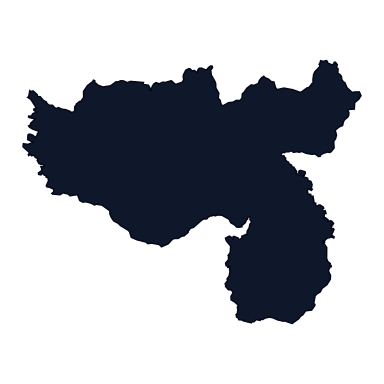 outline of Rosário do Sul, Rio Grande do Sul, Brazil
{"feature_id": "56859067B54668375607897", "entity_name": "Rosário do Sul", "entity_type": "district", "adm_level": 2, "iso_a3": "BRA", "parent_name": "Brazil", "parent_adm1": "Rio Grande do Sul", "projection": "mercator", "projection_center": [-55.098, -30.378], "detail": "fine", "context": "isolated", "style": "filled", "palette": "ink", "viewbox_px": 384, "rotation_deg": 0, "n_neighbors": 0, "source": "geoboundaries", "source_scale": "gbopen_adm2", "svg_char_len": 5889}
<svg xmlns="http://www.w3.org/2000/svg" viewBox="0 0 384 384"><path d="M28.0,134.9L27.7,139.6L33.3,142.3L27.9,144.4L23.4,143.7L23.0,146.7L29.1,152.3L29.3,153.6L28.3,154.4L28.7,155.5L30.7,154.4L31.5,155.8L32.9,155.2L34.5,156.0L35.3,157.3L38.1,158.8L37.2,160.4L38.9,163.5L41.2,164.5L43.9,164.6L43.7,166.7L40.9,166.7L41.9,169.0L41.6,170.6L38.4,173.0L38.7,174.4L40.9,174.9L42.9,173.1L44.1,175.0L46.2,175.7L46.0,177.0L48.1,178.0L48.5,180.8L46.3,185.8L47.0,186.9L49.4,187.2L53.8,189.2L53.7,191.8L51.8,193.4L52.6,194.1L60.2,194.7L62.9,192.8L68.4,194.1L70.0,195.8L76.7,194.7L77.8,195.3L79.7,200.5L82.7,202.1L86.0,201.8L90.9,203.1L94.7,205.0L96.0,204.2L102.0,205.1L109.9,210.8L109.9,213.9L111.4,217.5L113.7,220.9L118.2,223.3L120.5,225.6L128.3,230.3L129.6,231.8L131.3,237.3L137.0,239.8L145.8,242.0L147.8,243.6L151.7,243.2L159.2,244.5L161.5,246.8L168.1,243.9L172.4,239.3L174.1,238.5L178.3,238.4L181.5,236.2L184.0,235.9L188.1,232.4L188.3,231.0L190.5,228.2L193.5,227.4L201.8,220.0L203.8,219.0L206.8,218.9L207.8,217.4L210.3,216.0L212.0,215.9L212.9,215.2L215.2,215.8L217.6,215.0L221.9,215.2L229.2,219.3L230.7,222.7L234.6,224.9L236.4,226.9L238.6,227.3L241.9,226.8L242.1,225.3L245.3,222.7L246.5,219.8L247.5,219.2L247.6,217.9L248.8,216.7L250.1,217.0L249.9,219.5L251.1,221.0L251.2,222.9L250.0,224.0L249.1,228.0L247.3,231.0L247.0,232.5L247.5,233.8L241.8,236.3L242.2,237.6L239.8,239.5L238.9,239.4L238.2,238.1L234.2,236.4L233.3,236.6L233.8,237.5L232.7,239.1L232.4,238.0L229.4,236.1L225.5,238.1L226.3,240.8L230.7,246.2L230.2,252.5L228.2,255.5L229.2,256.0L228.4,257.0L228.6,259.5L225.6,263.1L226.1,265.7L228.0,266.2L227.8,267.3L230.2,267.3L229.5,269.2L230.0,271.1L229.2,275.9L227.0,279.0L227.6,279.8L227.3,281.0L225.1,283.9L225.8,285.0L225.5,286.4L228.4,289.7L230.8,289.8L232.4,291.2L233.1,292.8L231.0,296.4L231.1,299.9L234.5,301.8L238.6,305.5L237.6,306.5L237.4,308.1L237.9,309.1L237.3,313.7L236.1,314.5L236.6,317.1L238.2,318.0L238.8,319.7L241.8,319.9L243.2,320.8L251.3,322.8L251.9,321.9L254.0,321.7L256.2,319.6L260.1,320.4L260.7,319.3L262.7,319.5L265.2,318.0L269.3,317.2L272.4,317.6L278.0,320.0L283.5,321.2L284.7,320.9L292.1,323.5L298.9,318.6L300.4,316.4L302.7,314.9L305.7,310.8L311.6,310.1L314.7,305.7L314.9,304.5L313.7,303.2L315.1,295.9L316.8,294.0L320.2,292.0L322.1,288.3L326.8,284.8L330.3,279.3L330.5,275.4L328.3,270.8L330.2,266.8L331.3,266.7L331.0,265.4L330.0,264.7L330.2,263.4L327.8,261.6L326.6,258.5L326.7,247.5L323.8,243.2L322.6,243.2L323.2,242.0L322.9,240.9L324.2,241.0L327.2,238.2L331.7,237.1L333.8,238.0L334.1,236.9L331.6,235.1L334.0,229.4L333.3,228.6L332.3,229.1L331.2,228.3L331.8,226.9L331.5,225.1L332.5,225.1L333.6,223.4L331.9,221.3L330.7,220.8L327.8,221.4L328.1,219.9L326.8,218.8L324.8,219.0L325.5,217.8L323.3,217.2L324.2,216.2L324.0,215.0L324.7,213.7L326.0,213.5L325.2,210.7L323.6,211.2L322.9,210.4L322.4,209.1L323.7,208.2L323.4,207.2L320.3,205.1L318.7,205.0L317.5,206.1L315.7,205.9L315.7,203.2L314.6,203.3L314.0,202.4L313.0,196.2L310.9,196.3L310.7,194.4L308.0,194.1L307.3,190.5L308.5,188.9L311.4,190.4L312.3,189.2L311.3,188.4L312.1,184.6L310.8,181.3L309.4,181.1L307.8,179.8L307.6,178.2L303.2,176.7L302.9,175.6L304.3,175.4L305.4,173.1L305.0,171.7L300.5,170.4L299.2,170.9L298.5,172.9L300.3,173.7L300.7,174.7L299.4,175.2L297.0,174.0L296.0,173.0L296.7,171.7L293.8,167.2L291.8,166.8L291.6,165.2L289.1,163.8L288.5,162.1L287.2,161.7L285.3,159.5L285.7,158.1L284.6,157.4L284.0,155.8L281.3,155.9L281.0,154.8L282.3,152.4L284.6,152.7L285.2,151.9L289.2,151.7L291.5,150.7L293.4,152.3L297.4,151.7L298.9,152.3L302.0,151.5L306.1,153.3L311.8,154.3L315.2,154.0L318.4,156.5L320.2,156.3L320.9,154.6L324.0,153.1L327.6,152.1L329.8,152.5L331.1,151.7L334.1,148.0L333.7,141.4L335.5,138.8L336.5,135.1L335.2,130.2L339.2,126.9L342.6,125.5L343.4,121.8L344.7,119.6L347.8,117.1L348.7,115.4L348.9,112.7L347.8,110.4L349.2,109.4L354.3,109.1L354.7,102.6L358.4,99.6L359.5,98.3L359.0,97.4L360.4,96.8L361.0,95.7L359.3,91.9L353.9,92.0L352.4,92.7L347.0,87.7L344.8,82.5L343.6,82.1L341.9,79.8L341.4,76.3L340.1,74.6L337.8,73.4L338.1,68.9L336.5,67.4L337.3,64.7L335.4,62.2L334.2,62.3L333.8,63.8L332.6,64.7L331.4,64.6L327.8,63.1L327.3,61.3L326.2,60.5L323.4,61.4L320.6,60.7L319.8,63.7L319.1,64.2L319.8,65.4L319.7,66.7L314.8,71.8L313.6,74.6L312.9,80.1L313.2,82.9L312.1,83.4L309.1,87.4L306.8,88.0L301.9,91.7L300.2,92.4L292.7,89.7L284.0,88.1L277.0,89.6L275.5,87.5L273.9,82.0L271.0,81.5L268.7,79.2L265.3,77.8L263.8,76.3L261.5,77.8L259.3,80.6L258.4,83.4L254.0,85.4L251.2,84.9L246.9,88.2L244.0,92.4L242.4,93.7L242.0,98.1L240.0,100.5L236.3,100.4L233.0,102.2L228.5,102.7L223.2,105.7L221.3,104.9L219.9,99.9L218.2,98.4L218.8,93.2L215.8,87.9L215.7,83.6L214.9,81.4L211.3,75.0L210.7,70.1L212.5,67.8L212.2,66.2L210.9,65.9L208.6,67.4L206.9,69.6L205.6,69.9L201.4,68.1L199.2,68.3L197.9,70.0L197.3,72.6L194.3,70.5L192.0,70.9L190.2,68.9L188.8,68.7L185.8,70.2L183.4,75.0L183.2,77.7L183.9,78.5L182.9,81.4L181.8,82.4L176.1,84.3L175.1,84.1L171.3,80.7L165.2,82.5L163.0,82.1L159.2,83.8L156.0,82.6L153.8,84.0L152.1,86.8L151.1,90.5L150.0,90.5L150.1,88.2L148.4,85.2L143.9,84.6L142.9,83.7L143.4,82.5L130.5,81.4L127.3,82.6L123.2,80.8L120.3,80.8L118.8,81.7L115.9,81.9L110.6,85.8L102.9,87.0L97.1,84.8L96.6,83.6L95.1,83.3L94.7,80.6L93.4,80.2L92.8,81.5L87.5,85.6L83.5,91.4L83.7,97.4L80.7,101.5L79.5,101.5L76.3,104.1L75.9,105.6L74.8,106.5L74.5,111.7L71.2,112.5L70.1,111.4L65.5,109.6L62.3,109.3L58.3,107.6L56.5,108.5L54.9,107.9L52.5,105.3L49.0,105.2L46.6,103.0L46.4,101.9L43.6,100.6L40.2,96.7L37.4,96.6L37.3,94.8L33.9,91.5L32.8,90.9L30.9,91.6L29.8,90.7L28.7,96.7L27.7,97.3L30.8,99.4L35.5,106.7L35.9,108.2L33.7,109.2L34.0,110.4L36.7,112.2L33.0,113.5L31.2,116.2L28.6,116.1L28.6,117.1L29.7,117.7L35.3,118.9L30.6,123.3L30.8,124.6L28.6,125.9L29.4,127.1L32.7,129.1L38.4,131.1L38.3,133.0L37.4,133.6L37.3,134.9L35.4,137.5L32.9,135.2L30.3,134.2L28.7,134.2L28.0,134.9ZM323.8,243.2L324.7,242.3L324.2,241.0L323.2,242.0L323.8,243.2Z" fill="#0f172a" stroke="#020617" stroke-width="1.5"/></svg>